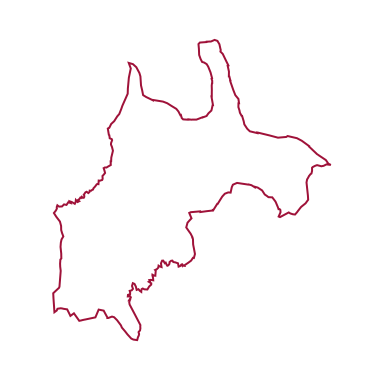 outline of Klay, Bomi, Liberia, rotated 187°
{"feature_id": "62588387B44236806524966", "entity_name": "Klay", "entity_type": "district", "adm_level": 2, "iso_a3": "LBR", "parent_name": "Liberia", "parent_adm1": "Bomi", "projection": "equal_earth", "projection_center": [-10.826, 6.705], "detail": "fine", "context": "isolated", "style": "outline", "palette": "rose", "viewbox_px": 384, "rotation_deg": 187, "n_neighbors": 0, "source": "geoboundaries", "source_scale": "gbopen_adm2", "svg_char_len": 5674}
<svg xmlns="http://www.w3.org/2000/svg" viewBox="0 0 384 384"><g transform="rotate(187 192 192)"><path d="M260.6,56.6L259.8,56.7L256.2,58.6L254.0,58.2L250.7,55.6L246.3,51.0L245.2,49.1L245.1,48.9L241.5,45.6L238.7,42.8L234.4,39.1L232.2,38.4L228.4,38.3L228.3,38.6L228.2,39.1L228.2,39.7L228.1,40.1L228.0,41.1L227.6,42.3L227.4,42.8L227.3,43.4L227.3,43.7L227.2,44.1L227.2,44.5L227.3,44.9L227.4,45.2L227.7,45.6L227.8,45.9L227.9,46.2L227.9,46.6L227.8,46.9L227.5,47.2L227.3,47.4L227.1,47.7L227.0,47.8L226.8,48.1L226.7,48.3L226.7,48.9L226.6,50.2L226.7,50.8L226.8,51.4L227.0,52.6L227.0,53.6L233.1,62.5L234.9,65.1L240.2,72.7L240.8,74.7L240.9,75.1L240.4,77.3L241.1,77.1L240.2,79.1L239.9,80.0L240.6,80.9L243.0,80.5L243.0,82.1L241.0,83.0L241.1,84.5L241.8,86.3L239.9,87.0L238.8,88.7L240.1,91.4L239.6,94.3L237.9,93.8L236.2,91.3L235.0,88.1L233.3,89.0L231.7,87.5L230.2,86.7L230.3,88.0L230.1,89.5L229.1,90.2L227.5,89.6L224.4,89.8L223.0,93.0L221.2,95.1L221.3,96.4L223.9,97.6L222.9,98.3L223.6,99.4L222.1,99.8L220.0,99.6L219.7,99.6L220.2,102.0L221.2,104.6L221.2,105.1L219.3,104.3L218.5,104.7L218.2,104.6L218.3,106.8L218.4,109.5L219.1,110.1L217.5,111.1L216.3,112.7L216.2,114.8L215.0,114.2L213.1,113.8L214.1,117.4L213.3,120.2L212.2,120.4L210.3,118.0L209.5,118.7L208.3,116.7L207.5,115.8L206.6,116.3L205.7,117.8L205.7,119.8L204.3,121.2L203.1,121.5L202.0,120.2L199.9,120.1L197.2,119.5L196.7,117.9L196.2,116.3L194.8,117.0L193.8,118.5L193.3,118.1L193.4,118.6L192.8,119.0L192.3,118.5L191.8,117.8L190.6,117.8L190.8,118.1L186.9,121.5L184.5,123.8L183.0,126.8L182.1,126.7L181.5,130.8L182.7,134.6L184.2,139.2L184.5,140.2L185.3,145.4L186.2,146.8L186.0,147.1L188.1,150.2L188.3,150.5L189.6,151.9L193.4,156.1L192.7,161.0L190.9,163.6L189.3,165.8L192.2,170.9L191.6,171.3L190.8,171.8L181.5,173.8L181.3,173.1L174.9,174.8L170.3,175.9L168.9,176.1L168.8,176.4L168.9,176.7L168.6,176.7L165.5,183.3L165.1,183.3L164.0,185.6L163.7,186.3L161.4,191.2L159.2,194.3L156.0,196.0L153.6,196.1L153.1,201.6L152.3,204.2L151.0,205.0L148.4,206.5L137.0,206.2L136.8,206.4L133.8,206.0L130.4,204.4L130.5,204.9L127.3,204.4L122.6,202.1L119.5,198.4L116.8,197.0L115.5,196.2L112.5,196.4L111.7,196.5L108.0,192.7L107.2,191.4L104.8,187.2L104.0,185.5L103.0,185.7L102.2,185.1L102.1,184.7L101.9,184.0L101.7,182.6L103.0,178.2L102.4,178.0L102.0,177.9L101.6,177.8L100.3,178.7L93.5,183.5L91.8,182.7L89.2,182.2L87.0,182.2L85.3,184.7L84.9,185.4L84.7,185.8L82.0,190.3L81.0,191.4L77.9,194.6L75.8,198.4L75.8,198.7L76.5,202.5L79.5,215.4L79.3,218.5L78.4,220.5L77.8,222.2L77.6,222.4L76.7,224.0L75.7,224.9L75.4,227.6L75.8,230.7L75.3,231.4L73.3,232.8L72.0,233.5L71.1,233.9L68.8,233.6L66.7,233.3L65.9,233.6L64.6,234.0L61.9,235.8L58.7,235.8L57.5,235.8L60.1,236.7L63.0,240.0L72.5,244.8L81.4,251.4L81.3,251.8L89.2,256.2L94.4,258.2L103.9,259.2L105.2,258.1L105.7,258.0L113.3,256.4L122.0,257.6L134.0,259.0L134.5,259.0L134.3,258.4L142.0,259.3L144.9,261.5L148.3,265.5L149.3,268.5L151.6,273.7L152.1,273.7L154.1,276.5L154.9,278.9L156.3,281.9L156.7,285.7L156.1,285.8L157.3,290.1L158.5,291.2L160.8,293.4L163.5,298.4L166.2,303.9L166.9,305.3L167.5,306.6L167.7,307.1L167.4,307.3L167.9,308.3L169.0,311.2L169.5,311.2L170.0,316.0L172.0,321.7L171.3,322.0L172.2,323.4L173.6,325.5L176.5,330.0L178.3,332.8L180.2,334.3L180.9,334.8L180.8,336.5L181.4,338.0L182.8,342.0L185.2,345.1L188.1,345.7L191.5,343.7L195.8,343.0L195.8,342.6L202.4,341.3L203.6,339.6L202.6,335.0L201.6,328.9L199.7,325.1L197.8,322.3L195.8,322.0L193.0,320.7L191.2,318.4L188.2,313.0L185.9,307.3L186.4,306.8L185.5,304.9L185.2,302.5L185.4,302.4L185.4,300.1L184.7,295.4L184.6,294.3L184.0,289.1L184.3,289.1L181.8,280.9L182.1,280.9L182.5,276.6L182.7,275.2L185.2,272.2L186.2,270.4L186.8,269.2L190.5,267.3L190.6,267.5L196.4,264.4L201.8,263.7L204.2,263.7L204.1,263.4L204.6,263.3L207.7,263.1L209.7,263.0L211.2,264.2L212.4,267.1L212.9,266.8L215.3,270.3L217.7,272.6L223.0,275.0L227.4,277.1L231.8,278.2L241.8,278.6L241.8,278.2L244.4,279.1L249.1,280.7L252.3,282.2L252.4,282.4L253.8,286.7L255.6,291.6L257.3,300.5L257.8,301.6L258.7,303.7L262.5,309.1L266.2,311.7L270.5,312.4L270.2,311.8L267.8,307.1L268.0,305.2L268.6,297.8L268.3,288.1L268.3,287.3L267.8,281.7L271.4,269.8L271.6,269.2L272.3,265.9L273.7,260.5L275.4,258.0L277.6,253.4L277.8,252.9L280.5,249.7L281.9,245.7L282.1,245.7L283.3,244.7L283.2,244.4L281.5,238.6L281.0,238.3L280.2,235.3L278.1,234.7L277.6,233.7L278.3,230.7L278.2,229.2L276.9,226.9L275.5,223.3L276.3,216.3L276.0,212.6L276.5,212.5L275.9,208.9L278.6,206.9L279.8,205.9L281.5,205.7L282.6,204.9L281.5,202.6L280.6,200.3L281.7,198.5L282.8,197.0L282.3,194.2L282.6,193.0L284.8,192.0L285.6,192.0L286.0,192.0L285.8,188.4L286.9,188.4L287.5,188.0L288.8,185.7L290.3,183.6L290.5,182.4L291.4,181.9L292.4,180.9L293.7,180.9L293.7,180.5L293.8,179.4L294.8,178.3L296.6,179.4L297.7,178.7L299.0,176.2L298.7,176.1L298.3,174.1L298.7,173.1L299.7,172.9L300.8,173.8L301.3,172.6L302.1,172.9L302.9,171.3L304.5,169.9L302.9,169.1L304.3,168.1L306.3,169.9L306.3,167.8L306.9,166.0L310.1,167.4L312.1,167.8L311.2,166.3L313.5,166.8L315.0,163.9L317.5,164.1L319.3,161.8L322.2,161.3L324.0,162.4L324.3,161.2L324.4,160.4L324.1,159.1L324.8,157.1L326.5,154.3L323.7,150.9L319.5,146.6L317.8,142.4L317.6,141.1L317.2,138.3L316.0,135.5L314.3,132.2L315.7,129.0L316.0,125.8L315.8,121.5L314.3,115.0L313.6,110.1L314.4,108.9L314.2,104.8L313.7,101.7L312.7,97.7L312.4,90.8L312.1,83.9L312.0,81.9L312.3,80.7L315.1,77.4L317.4,74.6L316.5,69.4L314.9,61.2L313.9,55.9L311.8,57.9L311.4,59.4L311.3,59.7L309.6,60.2L308.1,60.6L307.0,60.6L305.0,60.4L301.6,60.3L298.8,56.1L297.6,54.2L296.2,55.5L294.4,57.2L292.5,55.1L288.2,50.4L286.1,51.1L285.7,51.3L283.2,52.2L282.8,52.3L272.6,55.8L270.3,63.9L265.2,63.5L264.1,61.9L260.6,57.0L260.6,56.6Z" fill="none" stroke="#9f1239" stroke-width="2"/></g></svg>